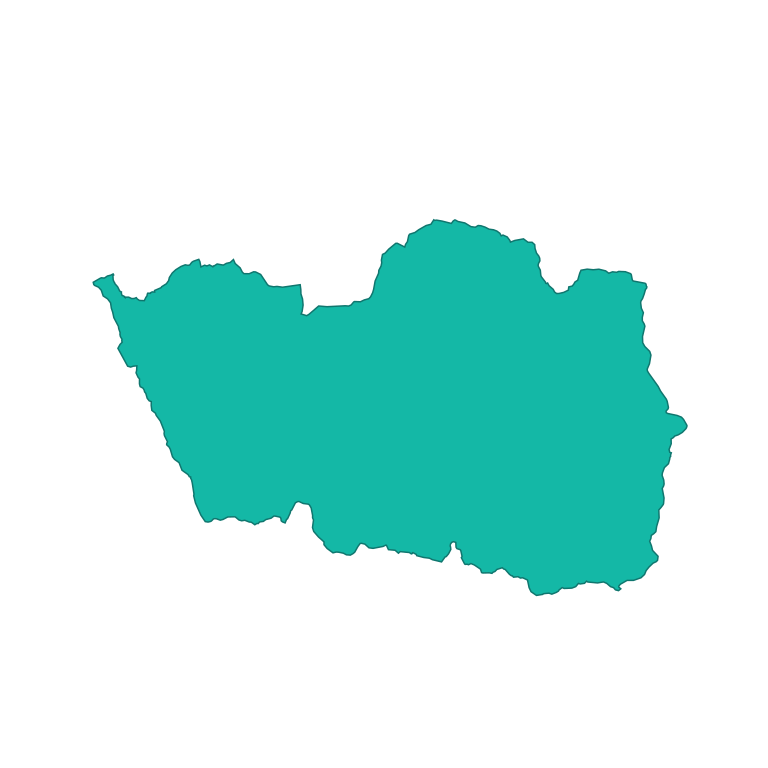 outline of Tazlau, Neamt, Romania, rotated 193°
{"feature_id": "2599482B29958320334989", "entity_name": "Tazlau", "entity_type": "district", "adm_level": 2, "iso_a3": "ROU", "parent_name": "Romania", "parent_adm1": "Neamt", "projection": "orthographic", "projection_center": [26.403, 46.703], "detail": "fine", "context": "isolated", "style": "filled", "palette": "teal", "viewbox_px": 768, "rotation_deg": 193, "n_neighbors": 0, "source": "geoboundaries", "source_scale": "gbopen_adm2", "svg_char_len": 6121}
<svg xmlns="http://www.w3.org/2000/svg" viewBox="0 0 768 768"><g transform="rotate(193 384 384)"><path d="M690.2,417.7L689.2,415.7L688.3,415.0L683.9,414.1L680.6,411.8L677.4,406.6L672.5,404.8L668.7,401.6L666.7,396.5L664.5,392.9L662.1,387.8L655.8,380.5L654.9,378.2L652.7,374.7L652.4,372.8L651.5,370.9L649.4,368.7L649.2,367.0L648.5,365.8L650.1,363.2L651.3,358.9L637.8,343.7L634.7,343.5L632.2,345.0L628.9,346.1L628.1,341.7L628.1,339.1L625.1,335.2L623.4,334.0L622.3,329.1L621.0,326.6L618.0,325.8L616.5,324.4L615.5,322.5L614.0,321.3L611.5,316.8L609.0,314.8L606.8,314.5L606.0,310.7L604.3,306.1L600.1,304.1L598.9,302.2L593.6,297.6L587.4,288.6L587.1,286.1L586.3,284.3L582.0,279.1L582.3,277.0L582.1,275.9L579.2,274.2L577.6,272.4L573.7,265.5L571.1,263.4L566.0,261.3L561.4,254.5L554.6,251.7L552.7,249.8L551.5,250.0L551.1,248.6L550.0,247.4L548.6,244.5L544.4,234.0L544.3,232.3L540.9,225.6L532.9,215.0L527.2,209.7L524.4,209.9L522.5,210.8L521.4,211.6L519.8,214.2L518.7,214.7L517.1,215.0L512.9,214.5L510.4,215.8L506.3,219.3L499.7,221.0L498.7,220.9L494.8,218.9L491.9,218.7L489.0,219.9L484.3,219.2L482.2,219.5L478.2,217.8L476.5,219.5L475.2,219.7L474.2,221.6L470.6,223.0L468.7,225.3L463.9,227.8L461.6,230.5L460.5,230.8L455.5,230.9L454.3,230.0L453.4,227.6L451.9,226.8L449.1,226.4L448.5,230.2L447.7,230.9L446.4,237.1L446.4,239.7L445.6,240.4L443.6,248.3L441.8,249.9L440.4,250.4L435.8,249.4L430.8,249.9L429.6,249.5L427.1,246.9L424.0,239.9L423.5,237.6L422.1,235.7L421.4,228.1L419.3,224.5L413.4,220.2L407.0,216.7L406.3,213.9L402.4,210.9L395.7,208.0L392.8,209.5L390.5,209.9L385.5,210.0L382.2,209.1L378.3,209.7L376.1,211.7L374.7,213.5L372.9,219.7L371.4,223.2L370.2,223.7L366.6,223.7L361.8,221.0L357.7,221.4L348.4,225.5L346.0,227.4L345.3,227.4L342.4,223.6L335.8,224.5L331.9,222.4L330.5,224.3L321.4,225.5L319.2,224.6L318.4,225.1L318.3,226.0L317.9,226.2L314.2,225.2L313.5,224.1L306.2,223.9L300.6,224.5L297.3,223.7L287.9,223.6L285.6,229.2L284.5,229.9L282.9,233.1L281.7,237.8L282.5,240.3L283.1,241.0L283.2,243.2L282.2,245.1L280.8,246.0L278.4,245.8L277.1,241.2L275.9,240.0L272.4,239.7L271.7,238.9L269.1,233.5L269.6,232.2L265.0,226.8L264.3,226.5L262.5,227.1L261.0,226.9L258.9,228.6L255.3,228.0L248.8,225.5L248.2,225.1L246.5,222.2L245.2,222.1L239.0,223.7L236.2,223.8L235.4,225.1L233.7,226.3L232.3,228.7L227.4,231.6L225.9,230.7L224.1,230.5L219.0,226.8L216.7,225.8L215.8,226.0L214.4,224.9L210.0,226.4L207.5,225.6L205.3,226.4L200.1,225.3L196.8,218.2L194.0,214.7L187.9,212.3L182.0,214.7L181.5,215.5L179.0,216.4L176.2,217.3L173.2,217.0L169.2,219.7L167.4,221.5L167.1,222.7L164.6,225.7L162.5,225.3L155.0,227.4L151.6,229.7L149.7,233.4L147.9,233.3L143.8,234.9L142.3,237.4L140.9,236.9L131.2,238.2L125.6,240.5L122.0,239.8L117.7,237.5L114.5,237.2L112.2,235.5L109.0,235.4L107.2,237.7L109.6,239.0L109.7,240.1L108.6,242.1L103.0,247.3L96.7,248.8L90.0,253.0L87.3,257.0L86.6,261.2L84.6,265.3L81.5,270.0L78.7,272.2L77.8,273.8L78.2,277.8L84.9,282.3L87.0,286.5L89.8,290.6L89.2,293.3L89.5,296.6L87.5,298.8L85.9,301.3L86.3,306.6L85.8,315.4L87.9,323.1L86.3,326.0L84.8,329.4L84.7,330.4L85.5,335.9L89.4,344.8L88.6,347.7L88.6,349.6L89.8,353.3L92.5,357.6L92.7,360.0L92.0,365.6L88.9,370.3L88.7,375.5L89.0,376.4L88.4,378.0L88.8,379.3L88.6,381.6L90.2,381.7L91.5,384.3L90.7,390.4L91.9,395.0L89.9,397.0L89.1,398.6L85.7,400.8L82.4,404.0L79.7,408.5L79.3,410.5L79.5,411.8L84.2,416.9L86.7,418.6L91.3,419.3L100.9,419.1L102.4,419.5L102.9,420.3L103.0,421.2L101.6,423.7L101.6,425.2L104.2,430.9L105.5,432.7L112.9,439.3L116.3,443.3L128.4,454.0L130.3,456.0L130.9,457.6L129.9,463.5L130.4,472.2L132.4,475.5L138.3,479.2L141.2,482.4L142.8,488.4L142.8,499.0L143.9,500.9L146.5,503.7L147.3,507.0L147.3,511.8L150.3,515.7L152.2,520.9L152.3,522.6L151.3,525.4L150.7,530.4L150.5,534.8L149.7,536.4L149.7,537.8L150.4,538.4L151.2,540.3L152.3,540.9L164.4,540.4L165.5,541.3L167.6,546.1L168.5,547.0L174.1,547.7L180.6,546.5L182.4,545.2L186.6,544.7L189.9,542.5L193.5,544.1L200.4,544.2L205.8,542.4L211.9,541.6L217.6,539.2L218.2,536.1L218.6,528.7L220.9,526.3L221.5,524.1L222.6,521.8L225.8,520.2L225.5,516.9L229.5,513.7L233.8,511.6L236.2,511.0L238.5,512.0L240.4,514.3L245.3,516.9L247.3,519.2L248.4,518.4L249.1,518.6L249.6,519.6L254.6,523.7L255.6,525.0L257.3,530.1L259.9,533.1L260.6,534.5L260.5,536.6L259.8,539.0L260.6,541.6L262.1,543.6L264.8,545.8L267.3,550.0L268.5,553.7L271.6,555.4L275.6,554.5L280.7,556.8L288.8,553.3L292.7,550.7L293.6,552.1L297.0,555.0L301.6,555.9L303.1,554.7L305.0,556.9L308.4,558.4L311.9,558.9L316.5,558.5L320.8,559.6L325.2,560.0L327.9,559.6L330.3,557.3L334.7,556.9L341.4,559.1L348.5,559.0L351.2,559.8L351.9,559.8L353.2,558.5L354.5,555.6L364.0,555.8L369.6,555.5L371.5,554.8L372.4,555.2L374.2,550.2L378.6,547.9L384.9,542.1L387.9,538.6L392.8,535.7L393.3,534.2L393.2,527.9L394.4,524.9L394.6,522.1L402.7,524.1L404.2,523.7L409.7,516.5L412.3,511.8L414.6,509.9L414.4,504.1L413.5,501.7L413.4,498.2L414.6,493.7L414.2,490.6L415.8,482.4L415.4,473.9L415.6,470.4L416.7,465.9L418.0,463.7L422.1,461.5L425.5,458.8L431.3,457.7L432.0,457.1L433.8,453.6L436.0,452.0L439.3,451.5L456.9,446.5L465.2,445.3L472.7,435.1L474.7,433.2L480.5,433.6L480.1,436.3L480.6,442.7L482.5,448.5L485.2,453.1L486.3,457.3L488.0,461.9L504.6,455.5L510.2,455.0L513.3,453.9L517.9,453.7L519.8,454.5L528.8,463.0L534.3,464.3L536.3,464.0L540.2,461.1L545.3,460.0L547.2,461.1L550.3,464.8L556.1,467.9L558.7,471.4L561.2,467.8L564.7,466.1L567.3,463.7L573.6,463.4L576.1,460.8L576.8,460.7L577.1,459.7L580.8,460.8L583.1,459.2L585.5,459.4L588.7,456.9L590.9,461.8L592.5,463.8L597.4,460.7L598.7,459.3L600.1,456.2L601.8,455.5L604.5,455.4L608.2,452.9L612.6,448.5L615.3,444.5L617.1,439.5L617.1,436.3L618.6,432.7L622.5,428.8L622.9,427.7L628.6,423.5L628.1,422.0L630.6,421.6L632.1,420.3L632.0,419.8L634.6,419.4L634.9,418.3L634.7,416.8L635.5,414.8L636.3,411.3L641.0,410.4L643.5,411.3L644.8,412.4L646.7,411.1L649.1,410.5L652.4,411.2L655.1,410.5L655.4,409.9L656.2,410.7L656.4,410.3L657.6,411.2L659.1,411.3L660.4,413.5L660.5,414.6L662.4,415.1L665.4,418.8L669.0,421.4L669.3,422.2L670.2,422.9L671.4,424.8L672.5,428.7L671.9,429.4L672.7,430.3L674.7,428.6L677.8,427.0L680.3,424.3L683.3,423.9L684.3,423.2L690.2,417.7Z" fill="#14b8a6" stroke="#0f766e" stroke-width="1.5"/></g></svg>